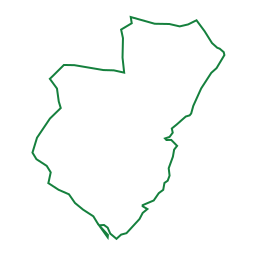 Jungsan, P'yŏngan-namdo, North Korea, rotated 181°
{"feature_id": "82179303B67987786077582", "entity_name": "Jungsan", "entity_type": "district", "adm_level": 2, "iso_a3": "PRK", "parent_name": "North Korea", "parent_adm1": "P'yŏngan-namdo", "projection": "natural_earth1", "projection_center": [125.351, 39.096], "detail": "fine", "context": "isolated", "style": "outline", "palette": "green", "viewbox_px": 256, "rotation_deg": 181, "n_neighbors": 0, "source": "geoboundaries", "source_scale": "gbopen_adm2", "svg_char_len": 1082}
<svg xmlns="http://www.w3.org/2000/svg" viewBox="0 0 256 256"><g transform="rotate(181 128 128)"><path d="M146.4,18.3L146.2,20.7L155.2,30.2L150.3,30.6L146.6,28.0L143.9,22.1L137.6,17.0L133.0,21.3L127.7,22.8L114.9,37.2L111.8,43.4L107.2,47.3L112.0,50.0L112.0,51.1L101.0,56.0L96.1,63.4L91.7,66.8L90.6,73.7L87.4,76.0L85.6,81.1L86.6,88.5L82.6,100.1L81.5,107.2L78.6,111.0L83.9,116.2L84.5,116.8L89.4,116.7L90.8,118.2L86.3,119.8L83.2,124.1L84.2,128.3L79.4,132.3L74.6,136.7L70.4,140.5L66.6,141.7L65.1,143.6L63.1,151.3L55.5,168.9L45.7,184.6L40.5,189.4L32.9,202.6L33.6,205.5L37.7,208.9L40.2,209.8L45.5,214.4L53.1,226.1L61.4,236.9L69.7,232.6L78.1,230.5L88.5,232.7L103.1,232.7L127.2,239.0L126.1,232.8L136.6,226.3L134.6,217.7L134.7,198.3L132.8,183.3L143.2,185.4L153.6,185.5L168.2,187.7L182.8,189.9L193.2,189.9L203.7,179.1L207.0,175.8L199.7,166.2L197.7,153.3L195.6,146.8L206.2,136.1L218.8,116.7L223.1,101.7L219.0,95.2L208.6,88.7L204.5,82.3L206.3,73.2L206.7,71.5L196.3,65.0L185.9,60.7L179.7,52.1L171.5,45.6L161.1,39.1L157.0,32.6L146.4,18.3Z" fill="none" stroke="#15803d" stroke-width="2"/></g></svg>